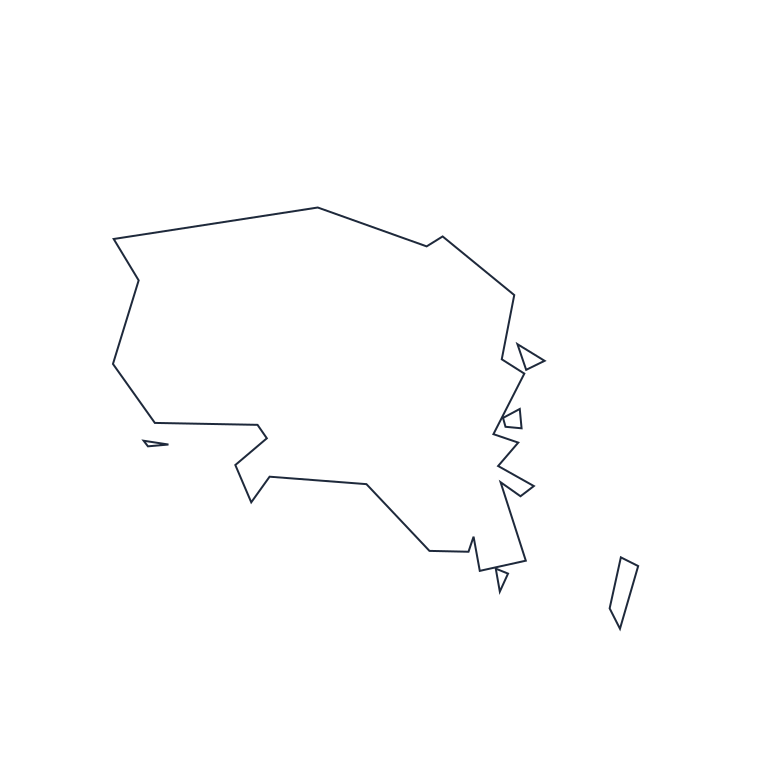 South Korea, Mercator projection, rotated 289°
{"feature_id": "KOR", "entity_name": "South Korea", "entity_type": "country or territory", "adm_level": 0, "iso_a3": "KOR", "parent_name": "Asia", "parent_adm1": "", "projection": "mercator", "projection_center": [127.333, 35.912], "detail": "coarse", "context": "isolated", "style": "outline", "palette": "slate", "viewbox_px": 768, "rotation_deg": 289, "n_neighbors": 0, "source": "natural_earth", "source_scale": "50m", "svg_char_len": 770}
<svg xmlns="http://www.w3.org/2000/svg" viewBox="0 0 768 768"><g transform="rotate(289 384 384)"><path d="M272.6,180.0L314.7,121.2L402.1,118.3L433.1,81.2L529.3,263.9L528.0,379.5L542.6,391.4L510.5,478.2L445.7,487.3L439.5,513.3L372.2,503.8L372.3,530.0L343.6,518.6L336.3,558.9L322.3,549.6L329.1,526.2L263.1,575.6L238.5,535.4L268.8,518.4L252.9,518.5L241.0,481.3L283.6,400.0L259.1,306.0L228.9,297.0L259.0,269.8L294.5,290.9L304.2,277.7L272.6,180.0ZM294.6,683.6L229.4,686.8L245.3,670.4L297.2,664.4L294.6,683.6ZM465.1,497.2L458.2,528.3L443.7,513.8L465.1,497.2ZM404.6,520.5L386.9,528.5L383.1,512.8L390.7,507.6L404.6,520.5ZM245.1,563.0L225.4,561.1L245.8,549.8L245.1,563.0ZM252.1,175.2L256.6,199.9L248.2,181.1L252.1,175.2Z" fill="none" stroke="#1e293b" stroke-width="2"/></g></svg>